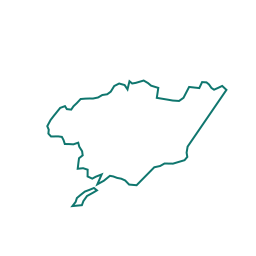 Jaqueira, Pernambuco, Brazil (Equal Earth projection), rotated 223°
{"feature_id": "56859067B82313432077576", "entity_name": "Jaqueira", "entity_type": "district", "adm_level": 2, "iso_a3": "BRA", "parent_name": "Brazil", "parent_adm1": "Pernambuco", "projection": "equal_earth", "projection_center": [-35.799, -8.742], "detail": "fine", "context": "isolated", "style": "outline", "palette": "teal", "viewbox_px": 256, "rotation_deg": 223, "n_neighbors": 0, "source": "geoboundaries", "source_scale": "gbopen_adm2", "svg_char_len": 1264}
<svg xmlns="http://www.w3.org/2000/svg" viewBox="0 0 256 256"><g transform="rotate(223 128 128)"><path d="M112.0,65.9L109.7,72.9L108.6,80.7L105.8,82.5L101.9,84.1L98.4,86.3L94.3,87.7L88.6,87.4L82.7,92.0L82.0,117.2L78.6,122.1L77.1,126.9L70.8,132.6L64.7,143.0L64.9,147.3L68.3,149.9L71.7,155.0L82.0,223.0L87.8,223.0L89.5,218.7L91.2,214.7L94.3,214.2L98.5,215.1L101.7,214.9L105.1,212.1L103.1,205.8L111.3,199.7L108.0,187.9L109.1,182.6L114.0,178.6L117.4,176.4L127.5,169.7L133.2,178.0L140.0,174.7L144.0,174.5L148.9,173.4L153.1,166.3L155.3,163.4L158.8,163.2L156.8,159.6L154.7,155.9L159.8,157.1L164.8,154.5L166.7,149.3L165.4,142.8L166.2,138.5L169.3,134.6L170.7,129.9L173.6,125.8L176.3,123.3L179.3,120.3L182.4,116.9L182.4,111.3L182.7,106.8L182.1,102.7L185.6,100.1L189.0,101.0L191.3,96.5L190.6,86.5L190.1,81.1L188.3,74.3L184.8,72.7L182.4,69.6L178.5,69.3L173.3,74.3L170.3,76.4L166.9,75.2L163.3,73.2L159.5,76.6L156.8,78.8L154.4,83.3L150.9,81.1L145.7,79.7L142.5,77.1L143.2,72.5L140.8,69.1L137.0,63.9L133.4,68.0L129.1,70.0L124.5,65.0L119.6,66.6L118.3,70.5L115.6,76.1L112.0,65.9ZM115.4,33.0L109.1,40.1L110.8,44.2L111.6,50.3L109.3,57.3L108.2,61.2L112.0,60.9L113.9,56.7L116.2,52.1L117.1,46.2L117.6,41.9L115.9,38.3L115.4,33.0Z" fill="none" stroke="#0f766e" stroke-width="2"/></g></svg>